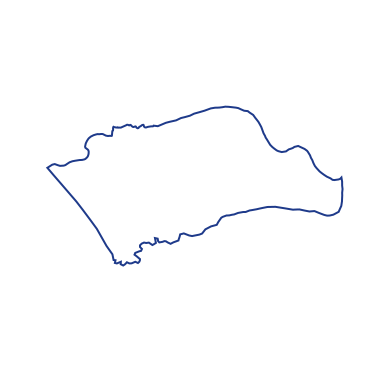 Ese Odo, Ondo, Nigeria (Mercator projection), rotated 115°
{"feature_id": "59680162B74748273614391", "entity_name": "Ese Odo", "entity_type": "district", "adm_level": 2, "iso_a3": "NGA", "parent_name": "Nigeria", "parent_adm1": "Ondo", "projection": "mercator", "projection_center": [4.962, 6.236], "detail": "fine", "context": "isolated", "style": "outline", "palette": "blue", "viewbox_px": 384, "rotation_deg": 115, "n_neighbors": 0, "source": "geoboundaries", "source_scale": "gbopen_adm2", "svg_char_len": 3479}
<svg xmlns="http://www.w3.org/2000/svg" viewBox="0 0 384 384"><g transform="rotate(115 192 192)"><path d="M231.2,333.3L235.1,324.8L241.2,311.2L249.6,292.6L254.3,283.5L260.0,272.9L265.6,262.7L277.0,246.7L282.1,237.8L286.8,234.3L286.2,232.5L288.9,231.9L288.5,229.9L285.3,227.0L287.6,226.1L287.7,223.3L286.1,222.3L284.8,221.8L283.2,221.3L283.2,218.6L282.2,216.6L279.2,213.9L279.2,211.0L277.6,210.3L276.1,210.3L274.8,210.8L273.7,214.8L273.1,217.6L271.2,217.7L268.0,214.7L266.9,213.3L264.8,213.3L263.8,215.9L262.3,216.6L260.1,215.8L258.1,214.1L257.6,212.0L256.1,209.7L256.8,205.5L255.5,204.5L253.4,203.2L249.4,206.1L248.8,203.4L250.9,201.9L251.5,200.3L249.6,197.6L248.2,196.3L247.7,194.8L248.0,192.5L248.0,189.5L245.5,187.6L243.5,185.6L241.7,183.8L239.9,184.1L237.9,184.3L235.4,184.8L233.0,181.9L232.6,176.2L232.1,174.1L231.9,173.3L227.5,167.3L225.4,165.3L223.7,164.9L220.2,164.1L215.1,160.2L211.4,155.8L211.3,155.7L208.1,155.5L203.0,154.6L201.6,153.7L200.4,152.5L198.7,150.8L197.5,148.4L195.7,146.1L195.1,145.2L194.5,144.3L191.5,141.4L188.6,137.3L187.4,134.9L184.4,132.0L183.2,130.2L180.3,126.1L178.5,123.8L176.7,121.4L173.7,117.3L170.2,110.2L167.6,101.1L165.4,93.1L163.5,89.5L163.0,88.4L162.4,87.3L161.7,84.2L161.2,82.0L160.0,77.2L159.6,76.6L157.6,73.1L157.5,72.4L157.3,67.7L156.9,62.5L156.5,60.4L156.3,59.5L155.1,57.2L152.8,54.3L148.0,50.7L143.9,50.8L141.6,50.8L139.5,51.4L138.2,51.8L137.4,52.0L131.6,54.4L129.2,55.6L125.7,56.8L122.8,58.6L119.2,60.3L115.7,62.7L117.5,63.3L118.7,64.5L121.0,68.0L121.6,69.8L121.1,72.1L121.1,74.5L121.1,75.7L121.1,76.3L120.6,79.7L120.0,82.7L119.4,85.1L118.2,88.0L117.7,89.2L116.5,91.6L114.7,93.9L113.6,95.1L112.4,96.3L110.7,98.7L108.9,100.5L106.6,104.0L106.0,105.2L105.4,108.2L105.4,111.1L105.4,115.2L107.8,118.2L109.6,119.3L110.8,120.5L112.5,122.3L115.5,124.0L117.9,127.6L118.5,131.1L118.5,132.9L117.9,135.8L117.3,138.2L116.2,141.1L112.6,146.5L112.0,147.5L111.5,148.3L110.3,149.5L108.6,151.9L106.2,154.3L103.9,156.6L102.1,159.0L100.4,161.4L99.2,163.7L98.0,166.1L96.3,169.1L95.7,173.2L95.3,175.0L95.1,175.6L95.7,177.3L96.3,179.1L96.4,182.6L96.4,185.5L97.0,187.9L98.2,191.5L99.4,195.0L100.6,197.9L102.3,200.3L104.1,203.2L105.9,206.8L108.3,210.3L113.0,215.0L116.6,219.1L120.1,223.2L123.7,226.1L127.2,230.2L129.6,233.2L133.8,236.7L137.9,242.0L140.3,244.9L146.8,250.8L148.1,254.8L148.6,254.8L149.0,255.2L149.9,257.0L151.6,259.5L153.0,261.0L153.3,261.9L153.2,262.6L152.9,263.2L152.2,263.8L151.8,264.1L151.7,264.6L152.3,265.4L153.1,265.9L153.8,266.2L154.4,266.6L155.2,267.3L155.9,267.4L156.7,267.6L157.2,268.2L157.2,269.0L157.1,269.5L156.5,270.4L156.4,270.8L156.7,271.3L157.8,272.4L158.0,273.3L157.8,274.2L157.5,275.2L157.2,275.7L157.3,276.4L158.2,277.1L158.2,278.4L158.5,279.3L159.6,280.1L160.6,281.0L163.7,283.7L164.5,285.5L164.9,286.1L164.8,286.7L164.9,286.9L165.2,287.0L165.6,287.9L165.9,289.2L166.1,290.1L166.1,290.7L166.6,290.8L167.8,290.4L168.7,289.9L169.7,289.6L170.2,289.9L170.6,289.9L174.5,288.5L175.1,288.5L175.8,290.2L176.8,291.9L177.3,293.9L177.2,297.2L177.4,298.0L177.9,299.0L178.9,300.6L179.4,302.0L180.3,303.2L182.1,305.2L184.5,307.1L186.8,308.2L188.0,308.5L190.3,308.8L192.9,308.8L196.0,308.1L196.9,307.4L197.2,306.3L197.6,304.4L198.0,303.6L198.9,302.8L200.4,302.1L201.8,301.7L203.5,301.5L204.9,301.7L207.1,302.6L208.0,303.4L209.4,305.2L210.6,307.5L213.1,311.2L214.7,313.4L216.8,315.5L219.7,317.3L221.1,318.1L222.3,319.4L224.1,322.7L224.4,324.9L224.7,328.2L226.3,330.2L231.2,333.3Z" fill="none" stroke="#1e3a8a" stroke-width="2"/></g></svg>